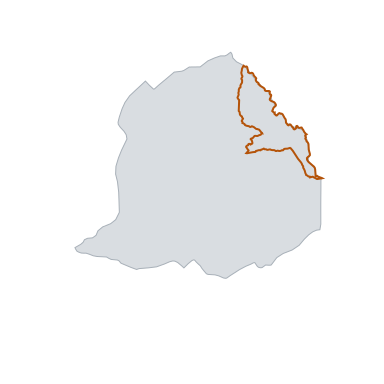 Manicaland highlighted on a map of Zimbabwe, rotated 318°
{"feature_id": "ZWE-529", "entity_name": "Manicaland", "entity_type": "Province", "adm_level": 1, "iso_a3": "ZWE", "parent_name": "Zimbabwe", "parent_adm1": "", "projection": "albers", "projection_center": [32.271, -19.29], "detail": "fine", "context": "in_parent", "style": "outline", "palette": "amber", "viewbox_px": 384, "rotation_deg": 318, "n_neighbors": 0, "source": "natural_earth", "source_scale": "10m", "svg_char_len": 7995}
<svg xmlns="http://www.w3.org/2000/svg" viewBox="0 0 384 384"><g transform="rotate(318 192 192)"><path d="M261.8,305.6L259.0,303.7L255.1,302.4L250.2,301.9L243.9,302.2L236.0,303.3L227.6,302.1L218.6,298.7L211.1,297.5L202.2,299.2L201.8,299.2L200.3,298.0L197.8,295.5L193.7,295.1L192.6,294.5L191.7,293.5L191.0,292.3L190.8,290.9L191.4,286.6L191.0,286.1L189.9,285.6L187.7,285.1L182.3,283.2L175.5,281.5L164.5,279.7L160.2,279.2L159.2,278.6L157.9,277.0L155.7,272.1L153.6,268.9L148.8,264.0L148.0,262.4L148.1,258.4L148.3,255.1L148.8,252.4L148.5,249.8L148.3,246.6L148.4,244.4L147.8,243.5L146.0,242.9L141.1,242.7L135.2,243.0L134.9,239.8L134.2,234.8L133.0,231.9L131.6,230.4L128.8,228.9L123.2,227.0L115.6,223.9L109.0,219.3L101.4,213.5L99.0,212.5L96.1,207.0L91.6,197.4L91.7,194.2L91.0,192.6L86.8,188.0L85.8,185.6L85.0,183.1L78.3,176.4L76.0,173.4L74.1,169.6L72.3,166.5L70.9,165.3L68.9,163.3L67.6,160.9L66.9,159.1L67.3,156.6L67.8,155.0L74.1,156.4L77.5,156.5L80.1,155.5L83.4,156.5L87.4,159.5L91.7,160.0L96.2,157.9L102.4,158.2L110.3,161.1L116.8,161.5L124.4,158.5L131.1,150.6L137.4,143.1L143.5,134.5L147.2,127.6L152.7,122.0L160.1,117.5L167.6,113.8L179.1,109.1L181.4,105.5L182.1,101.5L182.0,96.0L182.5,92.4L183.7,90.7L185.6,89.4L188.1,87.7L195.7,83.4L202.1,80.6L210.0,78.8L218.6,78.6L226.9,78.5L231.6,78.4L231.7,83.7L232.2,89.7L233.1,90.3L239.3,90.3L249.3,90.7L259.0,91.0L265.1,95.3L267.2,96.2L273.6,97.3L281.8,104.5L291.6,105.2L298.3,107.4L304.2,109.9L307.6,112.9L309.9,113.6L312.8,113.8L314.3,114.1L314.0,116.2L312.0,119.8L312.2,125.0L314.9,132.2L315.3,138.5L314.4,149.5L314.4,160.2L314.6,164.0L315.1,166.5L315.6,167.9L315.5,169.5L313.9,174.0L312.6,178.7L312.5,180.6L312.0,181.9L311.0,183.1L306.8,185.3L306.1,186.6L306.1,189.0L306.6,191.1L308.2,191.9L310.1,193.0L310.9,194.6L310.9,196.2L310.2,199.2L308.5,204.1L310.2,209.8L312.1,213.5L314.7,217.8L315.7,220.5L315.7,222.4L315.3,224.2L311.4,232.0L308.5,236.9L305.1,242.1L300.6,245.3L299.4,246.9L299.0,248.7L299.1,252.6L298.9,256.7L295.1,262.9L297.4,268.3L296.9,268.8L295.6,269.6L290.1,275.7L284.5,281.8L280.4,286.3L275.8,291.4L270.6,297.2L266.2,302.1L261.8,305.6Z" fill="#d9dde1" stroke="#a8b0b8" stroke-width="1"/><path d="M316.4,136.5L315.8,137.4L314.5,139.9L314.3,140.1L314.0,140.3L313.8,140.5L313.8,140.9L314.2,142.0L314.3,142.3L314.9,142.8L316.1,143.3L316.5,143.9L316.6,144.6L316.5,145.2L316.0,146.5L315.8,147.8L315.9,149.3L315.8,150.5L315.0,151.0L314.4,151.3L314.1,151.8L313.9,152.5L313.8,153.2L313.8,153.9L314.2,154.8L314.3,155.4L314.1,155.8L313.9,156.1L313.6,156.2L313.5,156.5L313.5,156.8L313.9,157.3L313.9,157.6L313.7,158.2L313.8,159.0L314.9,162.5L315.0,163.6L315.0,163.8L314.7,164.5L314.4,165.0L314.2,165.2L314.2,165.5L314.3,166.0L314.8,166.7L316.3,168.0L316.9,168.6L317.1,169.3L317.0,169.6L316.0,170.3L315.4,171.3L315.3,171.6L315.7,172.1L315.8,172.5L315.6,173.1L315.0,173.6L314.3,173.9L313.7,174.3L313.1,174.6L312.5,174.7L312.0,175.0L311.6,175.4L311.5,176.0L311.6,176.7L312.0,177.9L313.0,179.8L313.2,180.7L313.1,181.8L312.9,182.7L312.6,183.5L312.0,183.9L311.2,184.0L309.9,183.9L308.9,184.0L305.8,185.5L305.8,185.8L306.0,187.6L306.2,188.1L306.6,188.3L306.3,188.6L305.9,188.8L305.6,189.1L305.5,189.5L305.7,190.3L305.8,190.6L305.7,191.1L305.8,191.5L306.1,191.8L306.4,191.9L306.9,191.9L308.8,191.6L309.4,191.7L309.7,191.8L309.9,192.0L310.0,192.2L310.1,192.6L310.2,193.0L310.5,193.3L310.8,193.5L311.1,193.9L311.3,195.0L310.3,199.2L310.3,200.0L310.2,200.6L309.9,201.2L309.4,201.9L308.3,203.3L308.2,203.6L308.2,204.6L308.0,206.0L308.1,206.7L308.4,207.1L309.0,207.1L309.6,207.0L310.0,207.2L310.3,207.9L310.3,208.5L310.0,211.0L310.0,211.3L310.1,211.6L310.2,212.0L310.0,212.4L309.8,212.7L309.7,213.0L309.8,213.7L310.2,214.1L310.8,214.2L311.5,214.3L312.2,214.1L313.2,213.1L313.8,212.9L314.3,213.2L314.4,213.9L314.1,215.2L314.4,215.8L314.9,216.4L315.6,216.8L316.3,217.1L316.6,217.5L316.5,218.1L316.3,218.9L316.2,220.3L315.6,222.3L315.5,224.8L315.6,225.5L315.7,225.8L314.0,225.7L313.6,226.1L313.4,227.1L313.2,227.6L312.7,227.8L312.2,227.9L311.9,228.2L311.6,229.8L311.5,230.3L311.0,231.1L311.0,231.5L311.2,232.1L311.2,232.4L311.0,233.4L310.8,233.9L310.6,234.4L307.1,238.6L305.1,242.6L304.3,243.5L302.9,243.7L301.5,243.5L300.1,243.7L299.1,245.0L298.8,246.4L298.7,247.8L299.6,254.9L299.4,256.2L298.6,257.7L294.6,262.8L294.8,263.1L295.3,263.4L295.5,263.8L295.8,263.8L295.9,264.1L295.7,264.5L297.9,268.6L298.0,268.9L293.8,266.2L293.3,265.5L293.3,265.0L292.2,262.3L292.0,261.5L291.8,261.3L289.6,260.2L290.0,259.7L289.9,259.4L289.2,258.8L289.0,258.5L288.9,258.2L288.6,256.6L288.5,256.3L288.2,255.9L288.2,255.6L288.6,254.9L288.7,254.5L288.9,253.8L290.0,251.7L290.6,249.9L290.7,249.2L290.8,248.7L291.1,248.1L291.8,247.3L292.1,245.3L292.5,244.6L292.8,243.0L293.0,238.3L294.5,228.8L294.6,225.5L294.4,225.2L294.3,224.8L293.7,224.5L292.0,223.7L289.9,222.0L289.5,221.8L289.2,221.8L289.0,221.7L288.4,221.8L287.6,221.9L287.4,221.8L287.2,221.7L287.0,221.4L286.8,221.2L286.5,221.0L285.6,220.8L285.2,220.6L284.5,220.1L284.0,219.6L283.8,219.3L283.5,218.8L283.4,218.7L283.2,218.5L282.3,218.1L282.0,217.9L281.7,217.6L281.6,217.3L281.2,216.1L280.8,215.6L279.8,214.7L279.1,213.8L278.9,213.5L278.6,212.7L278.4,212.5L278.0,212.2L276.6,211.4L276.3,211.2L276.1,210.9L275.9,210.7L275.7,210.0L275.6,209.8L274.6,208.9L274.5,208.6L274.4,208.3L274.4,207.8L274.2,207.7L273.3,207.5L272.9,207.4L272.5,207.2L272.2,207.1L271.8,206.8L271.6,206.8L271.1,206.9L270.9,206.9L270.7,206.8L270.2,206.1L269.9,205.9L269.1,205.3L268.8,205.2L268.2,205.0L268.0,204.9L267.8,204.8L267.5,204.5L267.3,204.4L267.2,204.4L266.8,204.3L266.6,204.4L266.3,204.6L266.1,204.6L265.9,204.6L265.6,204.4L265.2,204.1L264.0,203.2L258.8,200.0L258.4,199.5L261.5,199.1L261.9,198.9L261.9,197.3L262.2,196.5L262.2,195.1L262.3,194.9L262.5,194.6L262.8,194.4L263.7,194.4L264.1,194.4L264.4,194.5L264.7,194.6L265.0,194.8L265.4,194.7L265.6,194.6L265.8,194.3L266.0,194.2L266.4,194.3L266.6,194.4L267.2,195.0L267.3,195.3L267.4,195.7L267.4,195.9L267.6,195.9L267.8,196.0L268.2,196.0L268.4,196.0L268.9,196.3L269.1,196.3L269.3,196.3L269.9,195.7L270.1,195.4L270.3,195.0L270.8,194.0L271.0,193.3L271.2,192.8L271.3,192.6L271.2,192.5L271.2,192.4L270.9,192.1L271.0,191.9L271.3,191.8L272.0,192.0L273.1,192.5L273.7,192.5L275.2,192.3L275.8,192.2L276.3,192.4L276.7,192.7L277.9,194.0L278.4,194.3L279.6,194.6L280.9,195.2L281.5,195.4L281.8,195.3L282.4,195.2L282.6,195.2L282.9,195.2L283.2,195.3L283.4,195.5L283.6,194.9L283.4,194.1L283.4,193.6L283.5,193.0L283.5,192.3L283.6,190.9L283.6,190.6L283.4,190.3L283.3,190.0L282.9,189.5L282.7,189.0L282.6,188.8L282.2,188.5L282.1,188.4L281.9,188.1L281.4,185.2L280.6,183.4L280.3,183.1L279.9,183.0L279.3,183.0L279.0,182.8L278.9,182.7L278.7,182.5L278.5,182.1L278.4,181.4L278.3,181.2L277.7,180.3L277.2,179.8L276.8,179.0L276.5,178.6L276.4,178.1L276.2,177.8L276.2,177.5L276.4,177.1L276.5,176.7L276.2,175.9L276.1,175.4L275.8,174.8L275.6,174.5L275.8,174.3L276.2,174.0L276.4,173.4L276.4,173.0L276.4,172.7L276.6,172.4L276.8,172.3L277.1,172.2L278.5,171.8L278.8,171.7L279.1,171.5L279.1,171.2L279.0,170.6L279.1,170.2L279.6,169.3L279.6,168.9L279.4,168.5L279.3,167.9L279.4,166.8L279.4,166.6L279.5,166.4L280.6,164.8L280.9,164.3L281.0,164.0L280.9,163.4L280.9,163.2L281.0,163.0L288.5,155.3L288.6,155.1L288.5,154.4L288.6,154.0L288.8,152.7L288.9,152.4L289.1,152.2L289.3,152.1L290.2,151.7L290.8,151.4L291.5,151.1L291.9,150.8L292.1,150.5L292.4,149.9L292.6,149.6L292.7,149.4L293.0,149.2L293.7,148.8L294.0,148.6L295.3,147.2L295.9,146.9L296.4,146.6L296.8,146.5L297.1,146.5L297.3,146.5L297.5,146.5L297.8,146.7L298.1,146.6L298.3,146.4L298.8,145.9L299.2,145.3L299.4,145.2L300.5,144.7L301.1,144.6L301.6,144.4L302.1,144.3L302.4,144.1L302.7,143.9L304.1,142.4L304.2,142.0L304.3,141.8L304.3,141.2L304.5,140.9L304.7,140.7L305.7,140.3L306.0,140.3L306.5,140.0L306.7,139.9L306.9,139.7L307.1,139.4L307.2,138.8L307.2,138.6L308.2,136.7L308.4,136.4L310.6,134.8L311.3,134.1L311.6,133.9L314.0,132.9L314.7,132.7L314.9,132.7L314.9,133.1L315.0,133.8L315.4,134.5L315.6,134.7L316.4,135.1L316.6,135.4L316.6,135.9L316.4,136.5Z" fill="none" stroke="#b45309" stroke-width="2"/></g></svg>